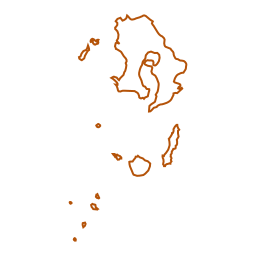 the Prefecture of Kagoshima
{"feature_id": "JPN-3501", "entity_name": "Kagoshima", "entity_type": "Prefecture", "adm_level": 1, "iso_a3": "JPN", "parent_name": "Japan", "parent_adm1": "", "projection": "robinson", "projection_center": [130.414, 30.803], "detail": "fine", "context": "isolated", "style": "outline", "palette": "amber", "viewbox_px": 256, "rotation_deg": 0, "n_neighbors": 0, "source": "natural_earth", "source_scale": "10m", "svg_char_len": 5600}
<svg xmlns="http://www.w3.org/2000/svg" viewBox="0 0 256 256"><path d="M183.4,72.7L182.0,72.8L180.6,73.2L177.9,74.5L176.9,75.3L176.1,76.3L174.9,78.4L173.9,81.6L174.7,82.4L177.1,83.2L178.8,83.7L180.2,84.5L180.4,85.4L180.2,86.1L178.7,87.1L178.1,88.4L179.4,88.9L181.7,87.8L182.2,88.6L177.2,93.1L175.3,92.9L173.5,93.4L173.4,95.2L172.8,96.3L171.6,98.8L170.8,100.0L169.9,100.9L168.8,101.7L167.6,102.4L166.5,102.9L163.9,103.8L162.1,104.3L160.3,104.5L158.4,105.3L157.1,106.3L156.7,107.0L153.8,107.8L151.6,110.2L150.4,111.3L149.0,111.5L149.4,106.0L151.2,104.3L154.0,102.5L155.0,101.7L156.5,96.3L155.7,94.8L157.6,91.6L158.2,88.9L158.7,84.8L158.6,83.2L157.7,80.8L156.8,78.4L155.3,75.7L152.2,73.7L151.4,71.5L152.3,67.9L151.6,66.5L147.5,65.7L146.3,65.0L145.6,64.8L144.8,64.2L144.3,63.2L145.9,61.0L147.6,60.2L149.3,60.5L151.1,60.4L152.8,60.8L153.5,62.2L153.3,64.5L153.5,65.1L154.5,65.4L155.4,65.4L156.0,65.0L157.3,63.7L158.9,61.1L159.6,57.8L159.2,54.8L157.3,52.9L154.6,53.0L151.0,51.6L148.1,52.5L145.9,55.2L145.7,56.0L145.4,58.2L145.1,58.9L143.2,61.1L142.7,62.0L142.1,64.8L140.9,66.9L140.0,69.2L139.2,72.6L139.1,74.2L139.4,75.9L141.5,80.6L142.4,84.0L143.1,85.7L144.2,86.4L145.2,86.7L146.6,88.9L149.2,89.2L149.3,90.3L148.5,93.2L148.2,94.6L147.8,96.3L146.6,96.9L145.2,97.4L144.0,98.8L143.1,97.9L142.4,97.9L141.5,98.3L140.6,98.3L139.5,97.7L139.2,97.2L139.1,96.0L138.4,94.1L137.6,92.9L134.6,91.1L123.8,90.7L122.3,90.8L120.4,91.5L118.6,91.3L117.9,90.1L117.6,88.6L117.2,87.4L116.5,85.6L115.6,84.6L116.4,84.7L117.5,84.8L117.6,83.8L116.8,82.4L114.9,80.5L112.9,78.8L111.4,77.9L113.2,76.9L113.7,76.7L114.4,76.8L115.3,77.2L115.9,77.3L116.7,77.6L118.1,79.3L119.0,80.1L120.2,78.2L123.5,74.9L124.3,72.2L125.2,70.9L126.0,67.9L126.4,65.1L125.7,63.1L126.6,61.4L126.5,59.9L125.8,58.5L123.8,56.2L121.2,52.0L120.3,51.3L117.0,49.3L115.9,48.9L115.8,48.1L115.0,46.3L115.7,43.2L116.4,42.6L118.6,43.4L119.5,43.8L117.6,41.8L116.8,40.6L118.1,38.4L118.5,34.7L118.0,33.0L117.4,31.2L116.6,30.5L116.4,30.1L115.2,29.0L115.2,27.5L116.1,26.7L117.3,24.9L117.3,22.9L115.7,21.2L117.5,18.9L120.4,17.8L122.5,20.6L123.9,20.1L125.4,19.1L126.3,18.2L126.5,17.7L127.1,15.5L127.9,16.2L129.8,18.4L130.5,19.1L131.5,19.5L132.7,19.5L134.5,19.1L136.0,18.4L139.7,17.3L140.7,16.8L141.6,16.5L142.4,16.1L143.2,15.6L144.2,15.4L145.7,15.9L150.1,19.6L152.8,21.4L151.9,23.3L152.7,24.8L153.4,25.5L157.8,32.6L159.1,34.3L160.6,35.6L162.2,36.4L164.0,38.2L164.6,39.6L164.2,43.4L164.6,45.4L165.1,46.3L165.7,46.8L170.5,48.7L171.2,49.8L173.0,51.8L173.4,52.6L173.6,53.3L173.6,54.1L173.8,54.9L174.0,55.7L175.4,58.3L176.2,58.9L177.9,59.2L179.9,60.4L180.4,60.5L181.0,60.6L181.7,60.6L183.8,61.0L185.1,62.0L185.9,63.1L186.3,64.1L186.3,65.0L186.0,66.9L185.9,68.2L185.6,69.3L183.8,72.1L183.6,72.5L183.4,72.7ZM150.2,163.5L149.9,166.4L148.3,170.5L145.3,173.6L143.4,175.0L141.3,175.4L139.3,175.7L137.0,175.8L133.6,174.7L132.9,173.4L131.7,170.4L130.0,166.4L129.5,164.2L129.3,161.9L130.0,161.6L132.6,161.5L133.9,159.6L135.3,158.0L135.7,156.7L137.2,156.7L137.9,155.8L139.7,157.3L142.8,158.4L145.0,160.4L147.7,161.2L150.2,163.5ZM176.6,124.9L177.3,124.9L177.4,126.3L178.2,128.3L179.2,129.7L178.0,130.8L178.0,133.5L178.6,136.6L176.8,139.7L177.1,141.3L177.1,143.9L176.6,145.1L175.7,145.7L175.7,147.1L175.5,148.4L174.3,148.9L173.3,148.9L172.6,150.4L171.8,151.5L171.7,153.4L170.7,154.8L170.8,156.1L170.6,156.7L171.2,157.3L171.5,158.3L171.1,159.2L170.9,160.1L171.5,161.4L170.5,162.6L170.4,163.7L169.1,163.5L167.8,163.9L166.5,164.2L165.4,165.1L165.1,166.1L164.0,166.1L163.8,165.2L163.1,164.2L163.3,163.1L163.6,161.6L163.4,159.4L162.8,158.0L162.5,156.3L162.6,155.6L163.4,156.0L163.9,156.1L164.4,154.7L166.1,152.8L168.2,149.7L169.0,147.3L169.6,145.3L169.6,144.0L169.4,141.4L169.1,140.3L169.2,139.5L168.8,138.9L169.7,137.8L170.7,136.4L172.0,134.1L172.0,133.1L173.0,132.8L173.6,130.9L173.5,129.2L174.9,126.7L175.8,125.7L176.2,125.2L176.6,124.9ZM88.0,45.5L88.5,46.8L89.0,48.5L89.1,50.0L88.2,50.6L87.5,51.3L85.0,55.7L84.2,58.4L83.5,58.9L81.8,60.2L80.6,59.6L79.3,58.6L79.0,57.1L80.5,56.5L81.5,53.7L83.3,51.2L84.4,50.6L85.9,50.1L86.9,48.8L87.5,47.2L88.0,45.5ZM98.4,39.8L98.1,40.2L98.1,40.5L98.2,41.0L98.1,41.6L98.1,42.1L98.3,42.4L98.3,42.7L98.1,43.2L97.7,43.8L97.0,43.8L96.3,44.0L95.4,44.6L94.4,44.5L93.9,43.9L93.5,43.7L93.3,43.5L93.1,43.1L92.9,42.6L92.4,41.9L92.4,41.2L92.9,40.9L92.7,40.7L91.9,41.0L91.4,41.8L90.8,42.0L90.6,41.7L90.6,41.2L90.8,40.2L91.4,39.4L92.3,38.8L93.6,39.2L96.3,41.5L96.8,41.7L97.0,41.2L96.7,40.3L97.1,39.9L98.1,39.7L98.4,39.8ZM118.4,155.5L120.0,156.1L121.3,157.5L121.3,158.5L119.8,158.5L119.2,159.5L117.8,159.7L116.5,158.1L116.6,157.1L116.3,156.3L115.1,156.9L114.4,155.7L113.6,155.0L112.9,154.0L114.5,154.0L116.3,155.1L117.1,154.6L118.4,155.5ZM95.4,204.9L95.7,207.2L97.8,209.0L97.4,209.2L97.3,209.5L93.3,209.1L92.5,207.9L91.7,207.0L91.1,205.0L92.4,203.9L94.1,204.6L94.4,204.5L94.7,204.6L95.1,204.7L95.4,204.9ZM82.8,223.1L85.0,222.6L85.6,223.9L84.9,225.8L83.3,227.2L82.7,225.2L82.6,224.1L82.8,223.1ZM99.2,124.6L100.1,125.2L100.2,125.9L99.5,126.7L98.7,127.2L97.9,127.2L96.8,126.6L96.7,126.5L96.7,126.1L96.3,125.4L96.6,125.1L97.1,124.8L97.8,124.2L98.2,124.0L98.8,124.2L99.2,124.6ZM98.9,197.4L99.1,197.7L99.2,197.9L99.2,198.0L98.7,198.4L97.5,198.0L96.8,197.8L96.1,197.0L95.9,196.8L95.9,196.6L96.0,196.1L96.1,195.8L96.7,195.2L96.5,194.6L96.8,194.5L97.4,194.1L97.8,195.1L98.3,196.0L98.9,197.4ZM74.1,240.1L73.8,239.4L74.1,238.6L74.6,238.2L74.8,238.3L75.0,238.5L75.3,238.5L75.5,238.8L75.8,239.7L75.6,240.6L74.7,240.6L74.1,240.1ZM69.7,202.6L69.8,202.1L70.3,202.0L70.8,202.1L71.3,202.5L71.6,203.0L71.4,203.3L70.6,203.7L70.1,203.4L69.7,202.6Z" fill="none" stroke="#b45309" stroke-width="2"/></svg>